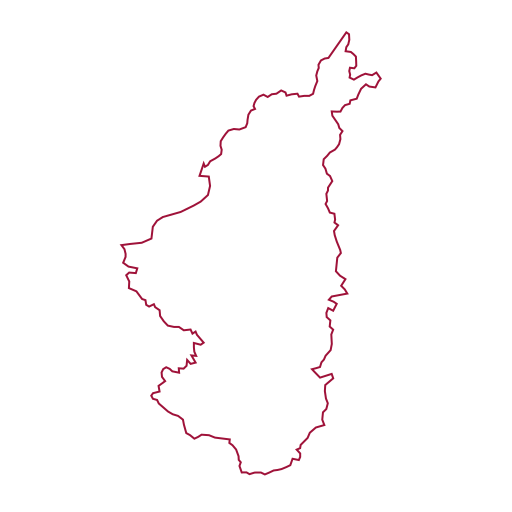 Salto do Jacuí, Rio Grande do Sul, Brazil, rotated 267°
{"feature_id": "56859067B37643782089804", "entity_name": "Salto do Jacuí", "entity_type": "district", "adm_level": 2, "iso_a3": "BRA", "parent_name": "Brazil", "parent_adm1": "Rio Grande do Sul", "projection": "robinson", "projection_center": [-53.231, -29.069], "detail": "fine", "context": "isolated", "style": "outline", "palette": "rose", "viewbox_px": 512, "rotation_deg": 267, "n_neighbors": 0, "source": "geoboundaries", "source_scale": "gbopen_adm2", "svg_char_len": 3387}
<svg xmlns="http://www.w3.org/2000/svg" viewBox="0 0 512 512"><g transform="rotate(267 256 256)"><path d="M474.6,357.9L450.0,338.7L449.6,334.9L447.9,331.1L443.7,328.4L440.5,328.5L437.2,326.9L433.1,325.6L427.5,326.4L422.6,324.1L418.7,322.6L415.0,321.5L413.1,317.5L413.4,312.6L412.9,307.3L415.9,305.9L415.6,300.1L414.5,294.9L417.8,294.0L420.0,289.8L417.0,284.9L416.7,280.2L414.2,276.0L416.7,271.9L415.0,267.3L412.0,264.3L409.0,262.5L405.8,261.4L402.9,262.7L401.5,258.6L397.5,255.8L392.5,254.7L389.0,254.2L385.2,252.4L383.2,246.0L384.0,240.5L382.7,235.0L379.7,232.2L376.2,229.4L372.5,226.8L367.9,226.3L363.9,227.3L359.6,226.5L357.6,223.9L355.5,220.4L353.0,215.2L349.4,212.7L347.8,209.7L351.1,208.6L339.0,203.8L337.8,213.0L328.4,213.8L319.4,211.2L313.2,203.6L309.6,196.4L303.9,183.0L299.8,165.0L296.4,159.0L290.6,154.5L278.9,152.5L275.2,142.6L274.6,130.9L273.9,122.2L269.7,125.0L264.9,125.9L261.9,125.7L256.2,123.0L252.1,128.1L249.9,136.8L245.2,135.1L246.1,128.5L243.6,125.4L237.2,128.1L230.6,127.4L227.0,134.7L219.0,140.0L217.7,143.3L213.0,143.8L211.1,146.6L213.2,151.5L210.2,152.6L206.9,156.9L201.1,157.1L195.6,160.5L191.1,164.3L189.5,170.2L189.2,175.3L185.6,180.0L186.0,186.8L181.8,188.5L183.7,191.7L180.4,192.9L172.2,199.2L170.3,196.1L172.4,189.4L167.9,189.2L163.6,189.4L159.4,191.0L160.1,186.3L152.7,190.1L151.7,185.1L155.8,181.8L150.0,180.9L147.3,177.8L147.9,173.0L143.5,173.1L145.2,166.4L147.8,163.9L149.6,160.5L147.9,157.4L144.6,155.6L140.2,155.8L135.8,158.7L131.4,151.9L125.7,152.6L124.4,146.0L122.0,144.1L118.8,145.6L117.4,149.7L113.8,151.2L105.3,160.0L102.3,164.6L100.4,169.8L96.4,174.5L91.3,175.2L82.8,177.1L80.6,180.7L76.8,184.9L78.4,188.8L80.4,192.3L79.5,199.7L76.8,205.5L74.2,220.2L70.7,219.6L68.3,222.6L63.8,226.0L57.0,228.1L53.3,228.1L50.8,230.0L47.2,228.5L40.6,230.4L40.4,235.2L38.5,238.1L39.8,243.3L39.5,249.6L37.4,253.4L39.0,257.8L40.9,262.4L41.2,266.4L41.9,270.4L43.6,275.2L45.3,279.3L51.6,281.9L50.0,288.1L53.0,289.6L56.5,289.8L60.5,286.5L61.8,290.0L65.0,290.7L71.6,298.0L76.7,300.5L81.6,306.8L83.6,315.4L89.1,313.6L96.4,314.7L99.5,318.2L105.2,320.0L110.0,318.4L117.5,317.7L123.5,318.4L129.8,326.7L134.3,325.4L131.2,313.6L137.4,308.2L140.0,306.0L140.8,310.0L141.8,314.1L146.4,315.8L149.0,318.4L152.8,320.3L158.1,325.6L164.2,327.1L173.7,327.1L178.4,329.2L181.7,325.9L187.8,326.9L191.3,323.4L195.5,323.3L200.2,325.4L197.3,330.2L204.0,334.1L206.3,331.1L208.5,326.5L211.6,329.5L213.7,345.2L218.0,342.9L221.8,339.5L228.2,344.1L231.9,338.9L236.6,335.0L250.1,337.1L254.5,340.9L257.6,340.4L266.2,337.4L272.7,335.7L276.9,335.2L282.4,339.6L285.3,336.1L288.2,336.9L294.1,336.5L295.5,332.0L299.9,330.4L304.3,328.2L307.2,329.9L314.4,329.5L317.6,331.3L320.5,331.5L326.8,336.1L332.0,334.1L334.5,331.1L339.6,329.9L343.3,327.7L349.1,328.7L352.3,332.3L355.5,335.2L358.1,340.4L360.3,342.5L363.3,344.8L368.3,346.4L372.6,346.3L376.2,348.9L379.5,345.9L383.3,345.0L392.1,339.6L396.4,339.2L395.9,344.1L395.8,347.9L399.4,350.1L402.0,352.8L403.1,357.5L406.5,358.4L407.8,364.8L411.8,366.6L417.5,369.7L421.7,374.8L419.3,378.0L418.1,384.1L423.9,387.4L426.6,389.8L432.9,385.8L430.5,381.4L431.3,378.1L432.3,374.8L430.9,370.7L429.0,366.7L427.0,363.0L429.3,358.8L432.2,359.5L435.8,358.8L439.1,359.7L438.3,364.0L440.7,366.1L445.1,366.2L449.9,366.2L452.6,363.8L454.8,361.4L455.8,356.2L459.8,357.1L462.5,359.2L467.0,360.5L472.6,360.5L474.6,357.9Z" fill="none" stroke="#9f1239" stroke-width="2"/></g></svg>